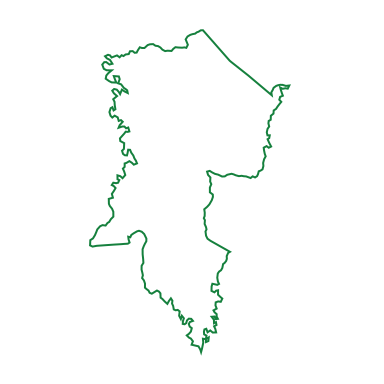 outline of Laranjeiras do Sul, Paraná, Brazil, rotated 175°
{"feature_id": "56859067B64113659227363", "entity_name": "Laranjeiras do Sul", "entity_type": "district", "adm_level": 2, "iso_a3": "BRA", "parent_name": "Brazil", "parent_adm1": "Paraná", "projection": "equal_earth", "projection_center": [-52.368, -25.31], "detail": "fine", "context": "isolated", "style": "outline", "palette": "green", "viewbox_px": 384, "rotation_deg": 175, "n_neighbors": 0, "source": "geoboundaries", "source_scale": "gbopen_adm2", "svg_char_len": 4853}
<svg xmlns="http://www.w3.org/2000/svg" viewBox="0 0 384 384"><g transform="rotate(175 192 192)"><path d="M295.8,146.3L291.5,146.7L274.4,146.4L266.9,146.2L264.2,146.2L260.4,146.1L258.6,147.1L259.3,150.2L259.4,153.0L257.4,152.3L256.2,154.5L253.8,155.9L250.2,157.6L248.2,158.0L245.5,156.8L243.3,154.3L241.5,149.6L241.8,146.9L243.4,144.6L244.8,142.2L246.2,139.3L246.6,134.2L246.5,129.2L246.6,125.6L248.6,122.9L249.0,119.1L248.5,115.9L248.2,113.3L249.2,110.6L247.6,108.1L246.8,104.8L247.2,100.8L245.6,99.1L243.9,97.6L243.0,95.3L240.9,94.2L238.7,95.3L235.5,96.9L233.6,95.7L232.3,93.8L232.5,89.5L230.8,88.0L228.8,85.4L226.3,82.7L224.6,85.3L222.3,87.9L221.0,85.4L221.6,82.6L220.7,80.1L220.4,76.6L218.6,75.6L216.5,75.8L214.7,74.1L215.6,69.8L214.2,66.4L212.9,69.6L211.1,66.9L212.3,64.1L212.7,61.4L210.9,60.9L209.2,61.9L208.2,64.5L206.2,66.1L203.8,65.7L202.3,63.5L205.4,62.7L206.7,60.8L206.0,58.1L204.1,56.4L205.3,53.0L207.4,51.0L209.7,49.6L207.7,47.2L205.9,46.1L204.1,43.2L205.7,39.9L199.0,37.7L197.5,34.4L196.9,31.7L195.6,35.3L193.9,41.0L193.9,44.9L191.0,44.2L190.1,47.7L192.3,49.1L192.3,51.7L191.6,54.0L189.7,54.5L188.7,50.9L185.9,52.5L183.6,50.2L180.2,50.0L180.7,53.5L181.7,56.3L179.2,57.4L179.5,60.3L181.5,59.4L181.3,62.8L183.3,66.0L180.4,66.0L179.4,63.3L177.3,63.4L178.3,65.8L178.1,68.2L180.0,70.2L180.9,72.2L177.6,73.7L178.5,77.0L178.0,80.0L175.5,80.7L172.9,80.1L171.1,83.2L172.9,85.0L175.0,87.4L174.6,91.8L176.5,91.6L178.4,90.1L181.2,91.8L180.7,96.2L179.7,98.8L177.1,98.0L174.9,97.3L173.1,98.1L174.0,100.5L174.3,104.4L173.4,108.6L171.9,110.4L169.9,111.5L168.4,113.7L167.3,117.5L165.7,118.5L164.0,120.3L163.1,122.4L163.0,125.1L161.3,128.2L159.4,129.1L177.9,141.8L180.6,144.1L181.8,147.2L182.0,151.5L180.8,153.5L181.1,155.8L182.2,159.1L181.6,162.8L182.5,164.9L181.5,166.9L181.1,170.3L181.3,173.7L178.2,175.9L175.8,178.1L173.0,182.1L171.6,185.3L171.5,187.7L174.2,190.1L173.8,194.9L172.1,198.1L173.0,200.8L172.4,204.9L174.5,207.6L175.2,211.0L172.5,211.5L170.3,209.8L167.6,208.1L164.4,207.0L160.7,204.8L158.0,204.7L155.4,206.1L151.0,206.7L148.9,205.9L147.1,204.9L143.9,203.7L141.1,203.8L139.1,203.2L136.7,202.8L132.4,200.8L130.2,202.3L127.9,201.0L125.8,202.1L124.7,204.0L123.7,206.8L121.9,207.3L119.8,208.4L118.6,211.7L118.6,214.7L117.3,218.4L115.5,221.1L116.2,223.8L116.6,227.3L116.7,229.9L113.7,231.2L111.7,229.4L109.2,230.4L110.8,234.2L112.1,238.0L110.4,238.9L109.6,241.7L111.9,241.9L112.3,245.0L111.2,248.4L109.4,250.5L109.9,253.7L109.4,256.1L107.3,257.1L106.8,261.1L104.0,263.0L103.5,266.1L101.0,267.5L99.3,269.7L96.7,272.5L95.2,274.0L97.0,276.3L95.9,279.1L93.1,280.0L93.8,282.5L94.6,285.9L95.0,288.4L92.7,286.9L89.9,287.2L87.6,286.6L85.8,289.6L89.2,289.5L92.4,290.8L94.8,291.1L96.8,290.9L98.8,290.4L101.6,288.7L102.7,286.6L104.3,284.3L104.1,281.4L125.7,303.1L141.6,318.1L143.0,319.5L167.0,352.2L169.2,352.3L171.5,351.1L173.4,350.6L175.0,349.5L177.8,349.2L180.0,348.7L182.9,347.3L185.0,344.6L183.3,339.0L185.1,336.1L186.9,336.7L189.3,336.6L193.5,337.2L195.9,337.7L198.2,336.2L200.1,334.3L204.1,334.9L206.5,334.7L209.1,336.4L210.9,338.7L213.1,340.3L215.7,340.9L217.8,342.7L221.1,342.8L223.4,342.2L226.8,339.6L229.3,339.8L231.4,340.7L233.6,337.9L235.0,335.7L237.0,335.7L238.8,337.5L241.5,337.6L243.0,334.9L246.2,334.8L248.4,333.4L250.2,334.4L252.4,332.5L254.8,334.6L260.4,333.0L261.7,335.2L263.7,336.0L266.8,334.8L265.2,332.6L262.2,330.7L260.1,326.7L263.1,326.2L266.1,328.9L268.1,329.0L270.3,326.7L269.1,322.4L266.4,320.7L261.4,320.2L265.0,317.7L267.2,315.5L268.1,312.4L264.9,309.7L262.5,308.2L257.9,307.6L259.1,311.5L259.8,314.3L254.8,313.5L254.2,310.7L256.1,306.7L253.2,305.4L250.8,301.6L249.1,300.3L247.7,298.9L247.4,296.2L250.5,298.1L252.9,300.1L255.1,295.8L256.2,298.1L258.0,300.5L260.6,301.4L262.6,299.9L261.2,297.1L258.3,294.1L262.4,291.3L261.3,288.6L261.4,285.3L261.1,281.1L263.0,280.1L263.9,283.4L265.7,282.6L267.3,278.8L266.5,275.1L264.9,273.1L262.4,274.8L259.5,272.8L258.8,269.2L256.5,269.8L254.9,268.0L258.2,264.9L259.5,262.4L255.8,263.3L253.6,263.1L252.1,261.2L249.9,261.8L249.1,257.8L250.9,257.5L252.8,257.9L254.4,256.1L259.1,251.7L259.0,249.0L255.3,246.6L255.7,243.4L256.1,240.8L258.1,239.2L257.4,236.0L255.8,234.5L253.6,234.1L252.8,236.4L251.9,239.7L250.0,239.4L249.1,236.5L247.3,233.5L246.4,230.4L245.2,228.2L244.3,225.3L247.6,224.3L249.4,226.4L251.7,228.2L254.8,226.7L256.6,226.3L256.9,222.9L258.8,221.3L257.8,218.4L257.0,214.7L260.0,211.8L262.0,214.0L264.8,215.1L265.1,211.2L263.4,210.2L264.8,207.7L266.8,207.4L269.6,208.1L271.3,205.9L269.4,204.7L267.8,202.6L269.7,199.9L272.0,197.1L271.3,193.2L275.5,192.4L275.8,187.5L275.1,185.3L273.1,182.3L272.1,179.2L272.5,174.3L275.2,172.0L277.1,169.4L278.9,168.5L281.0,166.1L284.0,166.8L286.5,165.9L289.6,163.0L290.7,160.7L292.4,157.5L294.7,154.4L297.5,152.9L298.2,147.7L295.8,146.3ZM191.0,44.2L191.1,41.3L188.7,42.1L188.0,45.7L191.0,44.2Z" fill="none" stroke="#15803d" stroke-width="2"/></g></svg>